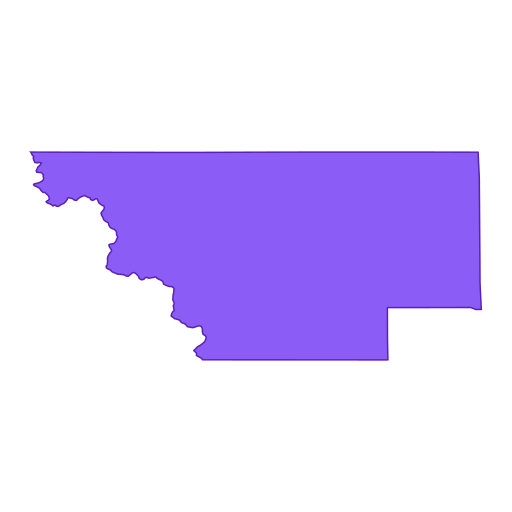 Glacier, Montana, United States of America (Robinson projection)
{"feature_id": "52423323B15863349555914", "entity_name": "Glacier", "entity_type": "district", "adm_level": 2, "iso_a3": "USA", "parent_name": "United States of America", "parent_adm1": "Montana", "projection": "robinson", "projection_center": [-113.626, 48.654], "detail": "fine", "context": "isolated", "style": "filled", "palette": "violet", "viewbox_px": 512, "rotation_deg": 0, "n_neighbors": 0, "source": "geoboundaries", "source_scale": "gbopen_adm2", "svg_char_len": 2757}
<svg xmlns="http://www.w3.org/2000/svg" viewBox="0 0 512 512"><path d="M202.6,359.8L386.6,359.9L387.9,359.8L387.5,340.1L387.4,307.6L470.7,307.5L475.9,309.5L481.3,309.4L480.0,282.5L479.9,260.7L479.3,177.7L478.1,152.2L426.4,152.1L388.5,152.1L343.2,152.1L304.6,152.1L258.0,152.2L200.5,152.4L164.6,152.4L101.9,152.3L30.7,152.1L31.2,152.7L32.1,154.8L33.7,156.7L33.2,158.1L33.7,159.8L34.8,162.4L37.0,162.9L38.9,162.5L40.7,162.7L41.4,163.0L39.8,165.4L37.7,167.2L36.9,169.6L36.2,170.5L36.7,172.2L38.3,172.4L41.5,172.7L43.3,174.6L43.2,176.4L43.7,178.9L42.6,180.7L39.3,182.6L36.2,183.5L34.8,183.6L33.6,184.4L34.1,185.6L37.2,186.9L39.8,188.5L40.9,190.4L43.0,192.4L45.0,192.5L46.2,193.7L47.7,195.0L48.8,196.5L49.4,198.9L48.4,200.3L46.9,201.0L46.2,201.6L46.8,202.6L47.9,203.2L50.2,204.0L51.8,204.9L52.6,205.8L53.5,205.8L53.9,205.2L55.4,205.2L56.3,206.2L58.5,206.4L59.8,205.5L61.3,204.4L63.7,203.5L65.7,201.7L67.3,199.2L67.9,197.9L68.6,197.7L69.9,198.0L72.6,198.7L74.2,200.0L75.7,200.4L76.8,200.2L77.7,199.1L79.5,197.6L81.6,196.7L83.7,195.8L85.0,195.7L87.5,197.1L90.3,198.0L90.5,199.4L92.3,200.4L94.2,199.8L95.7,198.7L97.2,199.0L98.1,201.1L98.9,202.8L100.5,204.3L102.7,205.6L104.0,206.1L104.4,207.1L104.1,207.9L104.0,209.2L102.1,211.5L101.0,213.1L101.6,215.2L102.2,216.3L103.0,217.6L103.6,219.6L105.5,221.3L108.3,222.8L108.9,225.3L110.2,227.4L111.8,228.5L114.3,229.3L115.7,230.7L116.5,232.3L116.5,234.1L116.8,235.4L117.9,237.2L116.7,238.9L116.4,240.3L115.4,242.0L114.1,243.4L111.3,244.1L110.2,244.1L108.9,244.8L109.0,245.6L109.6,247.2L110.9,249.1L111.5,250.3L111.3,251.7L110.0,252.7L108.9,254.6L107.9,256.4L107.4,258.6L107.6,260.8L107.4,262.9L107.2,265.2L106.1,266.2L106.4,267.9L107.6,268.8L109.3,269.6L110.7,270.2L111.6,271.5L113.2,272.3L115.0,273.0L117.4,274.1L120.9,274.4L124.3,274.9L126.3,276.1L128.5,276.1L130.3,274.6L131.5,273.5L133.2,272.5L135.1,273.0L136.4,274.2L138.4,276.1L139.3,278.5L141.4,279.8L143.8,279.4L144.8,278.1L146.8,277.3L148.7,278.2L150.8,277.9L153.8,277.4L155.2,276.9L156.4,277.3L156.9,278.2L158.9,279.3L161.4,280.4L162.9,281.7L163.6,284.1L166.6,285.6L169.2,286.5L172.2,286.7L174.1,288.5L173.8,290.2L173.8,292.2L173.1,294.9L173.0,297.3L172.8,299.7L174.0,302.6L174.2,303.8L173.2,306.0L173.7,308.0L174.2,310.4L172.5,312.1L171.5,314.2L171.1,315.8L172.0,316.8L173.3,317.5L174.7,318.7L176.4,319.1L178.1,319.6L179.8,320.3L180.7,321.8L182.2,322.9L184.5,323.6L186.1,325.0L187.4,326.7L190.1,327.2L192.7,327.7L195.5,326.9L198.4,325.8L200.9,326.2L202.2,328.1L202.4,329.7L202.4,332.1L203.1,334.3L205.4,335.8L206.3,337.7L205.7,339.3L204.7,341.7L202.5,343.6L200.5,345.1L197.4,346.8L195.7,348.8L194.6,349.7L193.9,350.7L194.7,351.4L196.5,353.2L196.5,355.5L198.6,356.7L200.8,357.9L201.2,358.0L202.6,359.8Z" fill="#8b5cf6" stroke="#5b21b6" stroke-width="1.5"/></svg>